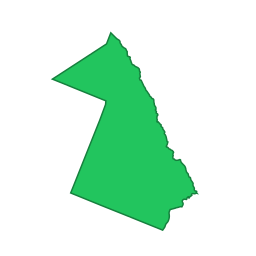 Chaco, Natural Earth projection, rotated 22°
{"feature_id": "ARG-1306", "entity_name": "Chaco", "entity_type": "Province", "adm_level": 1, "iso_a3": "ARG", "parent_name": "Argentina", "parent_adm1": "", "projection": "natural_earth1", "projection_center": [-59.946, -26.062], "detail": "fine", "context": "isolated", "style": "filled", "palette": "green", "viewbox_px": 256, "rotation_deg": 22, "n_neighbors": 0, "source": "natural_earth", "source_scale": "10m", "svg_char_len": 4890}
<svg xmlns="http://www.w3.org/2000/svg" viewBox="0 0 256 256"><g transform="rotate(22 128 128)"><path d="M216.4,162.7L215.6,162.8L215.3,163.2L214.9,163.7L214.2,164.1L212.6,164.5L212.1,164.9L211.8,165.5L211.9,166.0L212.4,166.5L212.1,167.1L211.5,168.0L211.2,168.5L211.0,168.9L211.0,169.2L210.9,169.9L210.8,170.1L210.5,170.0L210.3,169.8L210.2,169.7L210.1,169.3L209.9,169.1L209.6,169.3L209.4,169.6L209.2,169.9L209.1,170.2L209.0,170.6L209.0,171.4L209.1,172.0L208.9,172.4L207.1,172.8L206.3,173.3L205.8,174.1L205.6,175.4L205.9,175.9L206.3,176.4L207.2,177.1L207.6,177.9L207.7,178.8L207.5,180.9L207.1,181.0L206.2,181.3L205.7,181.5L204.5,182.6L201.9,184.4L201.8,184.7L201.5,184.9L197.9,187.6L197.6,187.8L197.6,189.3L197.6,190.0L197.7,190.8L197.9,191.5L198.9,193.3L199.5,194.7L199.9,196.2L200.1,197.8L200.1,199.3L200.0,200.1L199.3,202.3L199.1,203.0L199.1,203.8L199.2,205.4L199.2,206.2L198.4,209.7L172.8,209.7L157.3,209.7L132.8,209.8L99.2,209.7L99.2,201.8L99.0,158.9L98.9,136.4L98.9,131.6L98.4,114.6L97.3,111.1L39.6,111.0L50.2,95.9L76.6,58.1L76.4,46.2L84.0,49.4L86.6,49.9L87.1,50.0L87.4,50.2L87.6,50.3L88.0,50.7L88.3,51.0L88.5,51.6L88.7,51.9L89.0,52.2L90.5,53.2L91.8,54.4L92.1,54.6L92.4,54.7L93.1,54.8L94.4,55.2L95.2,55.3L95.8,55.3L96.1,55.4L96.3,55.5L97.4,56.6L98.2,57.2L98.6,57.5L98.8,57.7L98.9,58.2L99.0,58.5L100.4,61.2L100.6,61.5L100.9,61.5L101.0,61.4L101.7,61.5L102.0,61.5L102.3,61.6L102.7,61.4L102.9,61.4L103.2,61.4L103.4,61.6L103.6,61.7L103.6,61.9L103.7,62.1L103.7,62.4L103.8,62.8L103.9,63.0L104.2,63.4L105.6,64.8L106.1,65.5L107.7,67.2L108.0,67.4L108.7,67.6L109.0,67.6L109.4,67.5L109.6,67.4L109.9,67.5L111.1,68.0L111.8,68.2L112.0,68.2L113.9,68.3L114.4,68.3L115.8,68.8L116.3,69.1L116.4,69.3L116.6,69.5L117.6,71.2L117.8,71.3L118.4,71.5L118.5,71.7L118.5,71.9L118.5,72.4L118.5,72.8L118.7,73.3L120.1,75.6L120.3,75.9L120.3,76.1L120.0,76.4L119.9,76.7L119.9,77.0L120.0,77.5L120.1,77.8L120.3,78.0L120.9,78.8L121.2,79.0L121.5,79.1L121.9,78.8L122.1,78.8L122.3,78.8L127.3,83.5L127.7,83.8L128.1,83.9L128.4,84.1L129.3,84.9L130.4,86.2L130.7,86.4L131.7,86.8L133.9,88.3L134.1,88.4L135.1,89.1L135.5,89.4L135.9,89.9L136.1,90.2L136.4,90.3L137.7,90.7L138.0,90.8L138.3,91.0L139.0,91.6L139.4,91.7L139.8,91.6L140.0,91.5L140.4,91.6L140.9,91.8L141.2,92.1L141.4,92.3L141.7,93.0L142.2,94.1L142.5,94.7L143.0,95.2L143.5,96.2L143.8,96.7L144.5,97.3L144.9,97.7L145.8,98.2L146.0,98.4L146.1,98.5L146.4,99.1L146.8,99.9L146.9,100.1L146.9,100.3L146.6,100.6L146.6,100.8L146.7,101.1L146.9,101.3L148.1,102.0L148.3,102.4L148.3,102.7L148.3,103.0L148.5,103.4L148.6,103.6L148.8,103.7L149.8,103.8L150.2,104.0L150.4,104.1L150.4,104.3L150.7,104.7L150.8,104.9L150.8,105.2L150.8,105.4L150.7,105.6L150.5,105.8L150.4,106.0L150.7,106.8L150.8,107.0L150.9,107.7L151.0,108.0L151.2,108.3L151.9,109.3L152.1,109.5L152.2,110.0L152.2,110.5L152.3,110.8L152.5,111.3L152.8,111.4L153.0,111.5L153.1,111.4L153.4,111.1L153.6,111.0L153.8,111.0L154.2,111.3L154.4,111.4L154.6,111.5L154.8,111.6L155.1,111.7L155.5,111.8L155.9,112.2L156.2,112.3L156.5,112.4L157.0,112.5L157.4,112.6L157.6,112.8L157.7,113.0L157.7,113.3L157.9,113.8L158.0,114.1L158.4,114.3L159.5,114.6L159.9,114.7L160.1,114.9L160.3,115.1L160.6,115.8L160.8,116.1L161.0,116.2L162.0,116.7L163.1,117.5L163.4,117.7L163.6,117.9L163.7,118.1L163.7,118.3L163.6,118.8L163.6,119.1L163.7,119.5L163.9,119.7L164.1,119.9L164.8,120.2L165.4,120.6L166.8,122.1L169.2,125.7L169.4,125.9L169.6,126.0L170.2,126.0L170.5,128.6L170.4,129.7L170.4,130.3L170.4,130.7L170.6,131.0L170.8,131.1L171.0,131.2L171.4,131.2L171.7,131.0L171.9,131.0L172.1,131.1L172.9,131.4L173.7,131.9L174.0,132.0L174.9,131.9L175.1,131.9L175.4,132.0L176.2,132.3L176.3,132.3L176.5,132.3L177.1,132.3L177.5,132.3L177.9,132.5L178.7,132.9L179.1,133.2L179.3,133.4L179.4,133.6L179.3,134.1L179.4,135.3L179.5,135.6L179.7,136.0L180.2,136.6L180.3,136.9L180.3,137.2L180.2,137.3L180.2,137.7L180.4,138.2L181.0,139.1L181.3,139.5L181.6,139.7L181.8,139.7L182.0,139.7L182.4,139.5L182.7,139.5L183.6,140.0L183.9,140.1L184.3,140.0L184.5,140.0L184.9,139.9L185.6,139.5L186.2,139.3L186.5,139.1L186.8,138.9L187.1,138.6L187.2,138.4L187.3,138.2L187.5,138.1L187.8,137.9L188.1,137.8L188.5,137.9L188.7,138.0L188.9,138.5L189.2,138.9L190.2,139.9L190.5,140.1L191.7,140.6L192.9,141.2L194.4,141.8L195.4,142.5L196.1,143.2L197.0,144.4L197.2,144.9L197.7,145.6L198.6,146.6L198.9,147.0L199.4,147.3L200.8,147.9L201.0,148.1L201.2,148.3L201.6,149.0L202.5,150.1L202.8,150.4L203.1,150.6L203.3,150.6L203.7,150.5L204.0,150.5L204.4,150.7L204.6,150.8L204.7,151.0L205.2,151.8L205.9,152.7L208.6,154.5L208.8,154.7L209.0,154.9L209.1,155.1L209.3,155.4L209.3,155.6L209.4,156.1L209.5,156.4L209.6,156.6L210.0,157.2L211.8,158.7L212.1,159.0L212.4,160.2L212.5,160.4L212.7,160.6L213.4,161.0L213.8,161.2L214.0,161.2L214.3,161.2L214.8,161.0L215.1,161.0L215.3,161.0L215.5,161.2L215.6,161.4L215.6,161.6L215.5,161.9L215.5,162.2L215.7,162.3L216.4,162.7L216.4,162.7Z" fill="#22c55e" stroke="#15803d" stroke-width="1.5"/></g></svg>